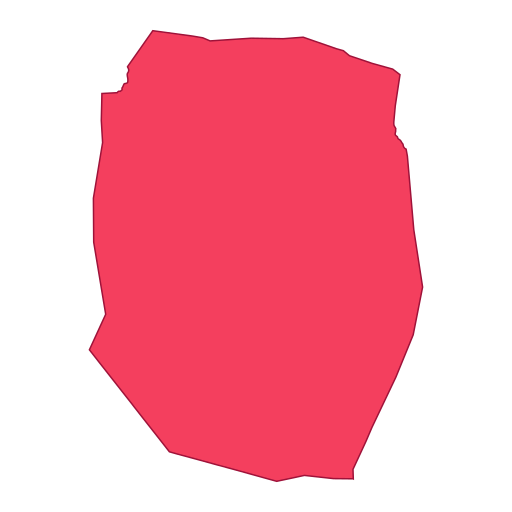 the district of Noyon, Ömnögovi, Mongolia
{"feature_id": "93677404B12923912473821", "entity_name": "Noyon", "entity_type": "district", "adm_level": 2, "iso_a3": "MNG", "parent_name": "Mongolia", "parent_adm1": "Ömnögovi", "projection": "natural_earth1", "projection_center": [102.365, 42.761], "detail": "fine", "context": "isolated", "style": "filled", "palette": "rose", "viewbox_px": 512, "rotation_deg": 0, "n_neighbors": 0, "source": "geoboundaries", "source_scale": "gbopen_adm2", "svg_char_len": 1852}
<svg xmlns="http://www.w3.org/2000/svg" viewBox="0 0 512 512"><path d="M400.0,74.7L392.7,69.1L372.2,63.4L349.4,55.7L343.4,50.7L336.3,48.7L303.2,37.2L283.2,38.7L251.2,38.2L210.1,40.9L202.8,37.8L192.8,36.1L152.8,30.7L127.5,66.7L127.6,67.1L128.0,67.8L128.3,68.4L128.5,69.1L128.7,69.6L128.7,70.3L128.6,71.1L128.3,72.0L128.0,72.6L127.5,73.2L127.4,73.5L127.3,73.9L127.2,74.6L127.3,75.7L127.4,76.5L127.6,77.5L127.8,78.7L127.9,80.1L127.8,81.5L127.7,82.3L127.3,82.8L126.8,83.1L126.0,83.4L125.2,83.5L124.7,83.6L124.4,83.7L124.1,83.9L123.5,85.1L123.0,86.3L122.7,87.0L122.4,87.5L122.1,87.8L122.0,88.2L122.0,88.4L122.0,88.9L122.1,89.3L122.1,89.7L121.9,90.0L121.5,90.3L121.1,90.6L120.7,91.0L120.4,91.3L120.1,91.3L119.1,91.2L118.6,91.3L118.2,91.6L117.8,91.9L117.1,92.7L101.9,93.5L101.7,103.6L101.3,120.5L102.6,142.6L93.4,198.2L93.7,242.2L105.7,314.3L89.4,349.8L99.8,363.1L113.4,380.4L121.5,390.7L131.9,403.9L134.5,407.3L143.8,419.2L150.1,427.2L161.5,441.7L169.4,451.8L176.8,453.9L196.1,459.1L197.2,459.4L216.8,464.8L233.8,469.4L255.8,475.5L276.7,481.3L293.7,477.7L304.4,475.4L316.1,476.7L333.6,478.6L353.1,478.8L353.3,478.9L353.0,469.3L365.9,441.5L372.0,427.3L395.9,377.1L413.2,334.8L422.6,287.1L413.8,229.8L407.4,156.2L406.1,149.1L405.3,148.7L404.7,148.3L404.2,147.7L403.8,147.1L403.4,146.3L403.2,145.2L403.1,144.8L403.0,144.4L402.8,143.9L402.4,143.4L402.0,142.9L401.6,142.3L401.1,141.3L400.6,140.7L400.2,140.2L399.6,139.7L398.9,139.3L398.4,139.0L398.0,138.6L397.9,138.2L397.6,137.6L397.4,136.8L396.9,136.4L396.2,135.8L395.8,135.5L395.5,135.2L395.3,134.7L395.2,134.2L395.2,133.5L395.3,132.9L395.5,132.1L395.7,131.1L395.7,130.7L395.6,130.1L395.7,129.5L395.8,128.9L395.8,128.6L395.5,128.1L395.2,127.5L395.0,127.2L394.6,126.5L394.3,126.0L394.0,125.4L393.9,124.7L393.8,124.0L393.8,122.1L395.3,105.7L400.0,74.7Z" fill="#f43f5e" stroke="#9f1239" stroke-width="1.5"/></svg>